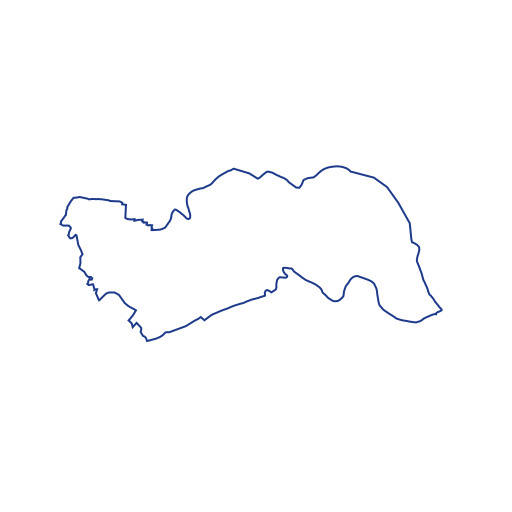 Bani Al Harith, Amanat Al Asimah, Yemen (Albers equal-area conic projection), rotated 36°
{"feature_id": "15242507B44519416711128", "entity_name": "Bani Al Harith", "entity_type": "district", "adm_level": 2, "iso_a3": "YEM", "parent_name": "Yemen", "parent_adm1": "Amanat Al Asimah", "projection": "albers", "projection_center": [44.252, 15.509], "detail": "fine", "context": "isolated", "style": "outline", "palette": "blue", "viewbox_px": 512, "rotation_deg": 36, "n_neighbors": 0, "source": "geoboundaries", "source_scale": "gbopen_adm2", "svg_char_len": 6088}
<svg xmlns="http://www.w3.org/2000/svg" viewBox="0 0 512 512"><g transform="rotate(36 256 256)"><path d="M120.0,369.7L126.2,369.7L127.7,370.2L130.0,371.3L132.2,371.5L133.5,371.4L134.0,370.4L134.8,370.0L136.6,370.3L137.0,371.6L136.2,372.3L134.9,372.4L135.1,375.0L136.0,376.4L135.9,377.7L137.5,377.9L138.0,377.7L139.2,376.3L140.7,374.7L141.3,375.0L145.0,378.0L145.2,378.4L145.6,377.7L146.1,377.0L147.0,376.3L148.3,380.2L151.1,381.8L154.5,383.9L155.1,384.1L155.3,383.5L156.5,376.1L156.8,374.8L157.3,373.6L158.3,372.2L159.1,371.5L162.9,368.7L167.3,368.1L168.2,368.1L177.4,371.2L178.3,371.3L182.0,371.5L184.5,371.3L190.1,370.5L190.8,370.5L191.0,372.6L191.3,376.1L191.1,380.0L190.8,383.0L194.5,383.4L195.0,383.6L196.0,384.3L198.1,386.1L198.7,380.3L204.9,381.5L205.5,381.8L206.1,382.4L206.4,383.1L207.3,385.2L208.7,385.9L211.4,387.0L212.0,387.0L213.0,386.7L213.8,386.7L214.8,387.0L215.3,387.1L216.8,388.1L217.4,388.4L217.8,388.8L221.4,384.5L223.8,381.5L225.8,378.1L226.2,377.2L226.6,376.3L227.2,374.3L227.6,371.3L227.9,370.8L228.4,370.2L230.2,369.0L230.8,368.4L231.3,367.7L240.2,354.4L240.7,353.4L244.7,343.7L245.8,341.7L246.2,340.9L247.2,337.9L252.1,338.3L252.3,337.4L252.8,336.0L253.1,334.9L254.4,330.6L255.1,329.0L257.8,324.5L259.3,321.9L261.3,318.8L263.6,315.5L267.1,309.6L271.8,303.3L272.5,302.6L273.3,301.6L273.9,300.6L275.1,298.4L276.4,296.4L277.2,295.3L277.7,294.4L278.8,293.0L281.0,290.4L282.7,288.3L283.7,286.7L285.1,284.9L286.6,282.7L284.6,280.4L284.3,279.0L284.5,277.8L285.0,277.0L287.6,276.4L289.8,276.4L291.5,272.1L291.6,270.8L291.1,269.8L290.6,268.8L289.8,268.0L288.6,266.1L287.2,263.0L287.1,261.8L287.4,259.6L288.2,258.9L292.4,256.4L293.1,255.6L293.4,254.6L292.8,253.6L291.6,253.4L290.5,253.4L289.3,253.2L288.2,252.8L286.4,251.7L285.6,250.9L285.0,249.8L285.7,249.0L286.6,248.3L290.5,246.3L291.8,245.4L292.8,245.2L293.8,245.5L295.8,246.2L304.8,246.2L306.0,246.3L309.5,246.2L310.5,246.2L312.7,245.6L313.8,245.5L315.4,245.0L320.4,244.1L321.6,244.0L325.7,244.0L327.9,244.4L329.0,244.8L330.8,246.1L332.1,246.6L333.2,246.6L334.4,246.7L335.4,246.8L336.7,247.0L337.9,247.3L339.3,247.5L341.5,247.4L343.9,247.2L345.1,247.0L346.1,246.4L347.2,245.6L348.2,244.7L348.9,243.8L349.5,242.4L349.8,241.2L350.3,238.5L350.3,237.3L349.9,236.2L349.3,235.3L348.2,233.2L347.7,232.1L346.4,227.7L346.4,226.6L346.5,224.5L346.5,223.4L346.5,222.2L346.3,221.0L346.3,219.8L346.3,218.7L346.9,216.2L347.4,215.2L348.0,214.3L348.8,213.5L349.8,212.6L350.8,212.2L352.8,211.7L357.0,210.4L358.2,210.1L360.5,209.4L361.5,209.2L364.3,208.7L366.5,208.8L367.6,209.0L368.6,209.4L370.6,210.6L371.6,211.0L372.7,211.7L374.7,213.5L376.3,215.4L378.2,217.2L381.8,220.8L383.7,222.5L384.6,223.0L385.6,223.5L386.7,223.6L388.8,224.2L390.0,224.5L391.3,224.6L398.2,224.4L401.7,224.1L406.6,224.0L407.8,223.6L411.5,222.3L412.6,221.8L415.9,220.1L419.0,218.7L421.4,217.4L422.5,216.9L424.7,215.5L425.4,214.5L427.1,212.2L428.0,210.1L428.2,209.1L428.6,207.9L429.2,206.6L432.7,200.6L434.7,197.9L435.9,197.3L435.4,196.5L435.7,195.3L436.2,194.2L437.0,193.1L437.5,192.1L438.0,191.0L438.0,190.6L437.7,190.2L436.4,189.9L435.4,189.8L429.7,188.2L428.4,187.9L426.9,187.4L425.9,186.9L424.9,186.5L420.6,185.3L419.5,185.3L418.4,184.9L416.1,183.4L415.3,182.7L412.7,180.9L411.6,180.3L410.5,179.7L408.5,178.5L407.3,177.8L406.2,177.4L404.8,176.5L400.7,173.1L398.4,171.5L397.2,170.8L396.0,169.9L394.1,168.7L389.6,165.9L388.8,165.1L388.2,164.2L386.9,161.4L386.5,160.3L386.2,159.2L385.4,157.0L384.8,155.7L384.2,154.5L383.3,153.6L382.6,152.9L380.4,152.4L379.3,152.3L377.1,152.5L374.8,152.9L374.1,153.1L371.9,151.2L361.1,139.1L339.8,129.3L321.5,123.2L305.3,123.3L282.8,132.1L280.7,131.7L278.3,131.8L277.1,132.0L275.9,132.4L274.8,132.7L273.6,133.2L272.4,133.7L271.4,134.2L268.3,136.2L265.2,139.0L263.3,140.9L261.6,143.0L261.0,144.0L260.2,145.3L259.6,146.5L258.7,148.7L257.9,152.1L257.5,154.8L256.8,157.1L256.4,158.5L252.0,162.7L249.8,166.6L251.0,171.5L251.0,174.8L250.9,175.4L248.2,177.0L238.8,177.0L237.8,176.6L236.8,176.4L234.6,176.4L232.1,176.7L229.3,177.5L228.3,177.7L227.2,177.8L225.9,178.2L220.1,179.0L216.7,180.4L215.7,181.0L215.1,181.9L213.8,186.4L213.1,190.0L212.6,191.1L212.0,192.4L202.0,193.1L186.6,198.5L185.1,201.8L183.8,203.2L183.2,204.4L181.2,208.6L179.3,213.1L178.4,216.7L178.1,218.8L177.9,220.1L177.7,222.5L177.4,224.2L177.1,225.3L175.5,228.1L174.9,229.0L173.6,231.7L172.8,232.7L171.2,234.2L168.1,238.1L166.8,240.1L166.0,242.2L165.7,243.3L165.3,245.5L165.3,247.6L165.7,248.9L166.1,249.9L167.5,252.0L169.1,253.8L170.7,255.4L171.7,256.2L172.6,256.6L173.7,257.5L175.6,259.1L176.6,259.7L177.5,260.3L179.2,262.1L179.9,263.3L180.3,264.4L179.7,265.8L178.7,266.2L177.6,266.4L176.4,266.1L172.9,265.6L170.6,265.6L169.3,265.4L164.8,265.5L163.7,265.7L162.9,266.3L162.9,267.4L162.7,268.7L162.8,270.0L163.2,271.5L163.5,272.5L164.1,273.5L164.6,274.5L165.1,275.5L165.7,278.0L165.8,285.9L165.7,286.6L165.1,287.8L163.7,290.0L162.9,291.0L161.9,291.9L160.6,293.0L157.6,295.5L156.3,296.4L156.1,296.0L156.0,295.5L156.0,294.8L155.2,294.8L154.9,294.1L154.5,294.0L154.0,292.9L154.1,292.6L153.9,292.2L151.6,293.6L151.3,294.3L149.1,295.1L148.3,293.0L147.9,293.0L145.7,295.0L145.3,295.1L144.9,294.4L143.6,294.9L142.9,293.2L139.2,296.3L137.1,298.8L136.8,299.0L136.2,297.6L135.1,298.3L134.3,299.2L133.4,300.0L132.3,300.4L131.7,300.9L130.2,301.7L127.9,302.0L120.7,291.0L117.3,292.9L116.5,291.5L113.6,292.0L105.6,297.3L104.2,297.5L101.3,299.0L98.2,300.6L96.5,301.7L95.0,302.5L93.2,304.1L92.2,304.6L90.2,306.0L88.9,307.1L87.7,308.3L86.1,308.6L78.7,311.9L76.5,314.2L76.5,314.3L74.2,316.1L74.0,320.2L74.6,327.3L75.5,328.6L75.7,330.0L76.0,331.1L76.6,332.0L77.1,332.8L77.3,333.3L78.1,334.4L77.9,335.2L78.0,337.2L77.9,342.6L78.2,343.0L78.7,343.8L79.0,345.0L79.4,344.8L81.2,344.9L82.4,344.6L82.9,344.3L83.5,343.7L84.1,343.3L84.7,342.8L85.6,342.2L86.0,342.0L86.7,341.4L88.3,341.7L89.4,341.9L90.1,342.8L90.4,344.9L90.7,346.2L91.8,348.6L91.8,349.7L93.3,350.2L94.7,350.9L95.6,350.8L96.9,349.3L97.3,347.7L97.6,344.9L98.4,344.8L98.9,345.0L105.6,351.4L110.9,354.2L114.6,356.5L114.6,360.4L115.4,361.3L118.3,365.2L118.9,366.7L120.0,369.7Z" fill="none" stroke="#1e3a8a" stroke-width="2"/></g></svg>